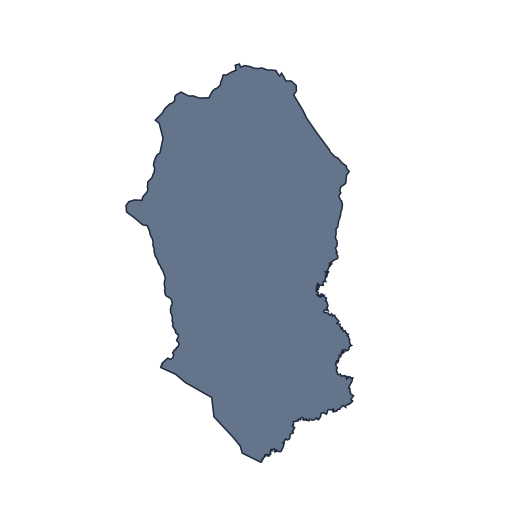 Ga South Municipal, Greater Accra, Ghana (orthographic projection), rotated 47°
{"feature_id": "2480657B41485746076017", "entity_name": "Ga South Municipal", "entity_type": "district", "adm_level": 2, "iso_a3": "GHA", "parent_name": "Ghana", "parent_adm1": "Greater Accra", "projection": "orthographic", "projection_center": [-0.406, 5.677], "detail": "fine", "context": "isolated", "style": "filled", "palette": "slate", "viewbox_px": 512, "rotation_deg": 47, "n_neighbors": 0, "source": "geoboundaries", "source_scale": "gbopen_adm2", "svg_char_len": 6154}
<svg xmlns="http://www.w3.org/2000/svg" viewBox="0 0 512 512"><g transform="rotate(47 256 256)"><path d="M272.6,401.7L287.5,395.5L300.6,393.9L329.3,384.9L344.9,396.4L373.6,396.4L384.3,397.2L390.8,400.5L410.1,393.2L410.3,391.7L408.9,390.3L409.5,389.6L409.1,389.2L408.6,386.7L407.8,385.7L408.7,385.6L408.0,384.1L408.3,383.5L408.8,383.3L409.9,384.0L411.1,383.1L411.2,382.7L410.2,382.1L411.0,381.3L410.9,380.3L410.5,379.8L409.4,379.8L409.2,378.8L408.5,378.4L407.7,376.8L408.2,376.6L409.0,377.5L409.5,377.1L409.1,375.3L409.4,373.8L410.4,374.4L411.2,374.2L411.4,375.9L412.0,375.9L412.9,374.5L412.8,373.9L411.5,373.9L411.7,373.4L414.0,373.0L415.1,372.3L415.8,371.5L415.9,370.5L414.5,367.1L412.3,363.1L411.8,362.9L411.0,363.9L410.8,363.7L410.9,361.4L410.1,360.1L410.0,359.0L410.9,359.1L412.0,358.4L412.6,356.2L411.0,353.9L409.9,353.0L409.9,351.6L410.8,349.8L410.4,349.0L409.0,349.0L408.7,346.5L407.6,345.6L408.0,345.0L407.8,344.7L406.2,345.3L404.9,345.3L404.7,344.9L405.3,344.0L402.8,341.6L405.3,337.6L404.2,337.0L405.2,335.7L406.2,335.2L405.9,334.7L405.0,334.9L404.9,334.7L405.6,332.2L407.3,332.0L407.5,333.2L408.6,333.1L409.4,331.9L409.3,330.5L410.0,330.4L410.1,331.2L410.5,331.2L411.6,330.1L412.7,329.7L412.1,327.7L414.5,326.9L415.7,324.6L415.5,323.2L415.8,322.3L416.6,321.8L417.4,322.7L418.4,321.7L417.4,318.0L415.8,316.4L415.8,315.4L416.5,313.6L419.7,312.4L419.1,310.8L417.7,308.9L418.1,307.2L420.0,305.9L420.7,303.8L422.2,304.5L421.7,305.1L421.8,305.6L422.7,305.9L424.5,302.7L423.9,300.9L425.2,299.3L424.8,298.6L424.6,294.5L427.7,293.5L426.8,293.1L426.7,292.0L427.1,290.2L428.1,289.1L427.5,288.3L428.2,287.1L428.1,284.3L427.4,284.1L427.2,284.5L426.1,284.7L425.5,284.0L424.7,279.9L421.2,281.0L420.5,280.0L419.6,279.9L419.3,279.3L418.3,279.3L417.2,277.8L415.7,278.4L415.4,276.8L414.6,276.2L413.4,271.9L411.1,268.3L409.8,270.0L408.6,269.6L408.1,270.5L407.1,270.8L407.9,272.1L407.7,273.5L405.9,272.0L405.3,272.7L404.3,272.4L403.7,273.6L402.7,274.1L402.2,275.5L399.9,274.8L399.6,275.8L398.6,276.9L397.4,276.3L396.2,276.3L395.6,275.4L395.1,275.7L393.6,274.2L393.5,273.1L393.0,272.6L391.8,272.8L388.7,270.9L389.5,269.8L387.8,268.6L389.5,268.1L389.3,267.8L388.3,267.6L388.6,266.6L387.5,266.0L387.4,265.1L386.8,264.1L387.3,262.9L385.7,262.8L386.8,262.1L386.9,261.6L385.9,261.0L384.6,259.0L384.6,258.7L385.1,258.6L386.3,259.1L386.4,257.0L385.8,256.6L384.6,257.7L383.8,256.9L385.0,255.6L385.3,254.4L386.3,254.0L386.9,254.8L387.8,253.0L387.4,251.4L386.0,249.7L386.6,247.0L385.3,247.5L384.2,246.8L382.6,246.4L382.3,245.7L381.5,245.4L381.0,244.4L378.7,244.1L378.0,243.2L376.3,243.5L376.2,241.8L374.8,242.6L373.7,242.7L373.2,242.1L372.1,242.2L371.4,241.7L371.1,243.1L370.6,243.5L367.6,242.0L368.0,243.3L367.8,243.6L366.3,242.5L364.7,242.7L363.1,241.0L361.8,242.3L360.4,243.0L360.4,239.9L355.1,239.7L352.8,238.9L351.8,241.0L350.8,240.3L349.7,240.1L349.8,242.3L348.0,242.6L347.2,242.0L346.7,242.8L345.1,243.1L344.4,244.4L342.9,244.7L342.6,244.5L342.4,242.1L345.3,240.5L341.8,239.5L342.1,238.7L341.8,237.8L340.8,236.8L337.6,235.4L336.3,235.9L336.0,235.6L336.1,234.8L334.6,233.1L331.3,234.4L331.3,233.1L330.6,233.8L329.9,233.2L328.5,234.0L328.1,234.5L328.6,234.8L329.4,234.2L329.9,234.5L329.8,236.0L330.2,236.8L328.8,237.7L328.5,237.3L329.2,236.8L328.7,236.3L327.3,236.5L327.1,237.9L325.9,237.9L326.2,236.9L325.6,236.6L325.4,235.4L322.6,236.1L323.0,233.6L322.1,233.6L321.3,234.3L321.2,233.9L321.3,233.3L322.3,232.5L321.5,231.9L319.7,232.7L319.8,231.5L319.0,231.1L318.2,229.9L318.2,229.5L320.0,229.6L320.6,230.4L321.5,230.5L321.0,229.7L321.1,228.8L323.2,227.1L323.2,226.5L322.1,226.2L320.6,224.0L322.4,222.4L321.2,222.2L320.3,221.5L319.6,220.5L319.2,219.0L317.6,218.6L317.9,218.0L319.1,218.0L317.6,215.5L317.4,215.3L316.9,216.4L315.0,216.1L317.3,214.1L317.2,213.7L316.9,213.5L315.6,214.4L314.2,210.7L313.3,209.8L313.9,208.7L312.4,208.0L313.5,207.6L313.5,206.1L312.5,206.8L311.7,206.7L312.3,205.8L311.9,205.4L312.3,201.2L313.3,198.7L313.2,197.5L311.6,196.0L308.7,195.5L308.3,195.1L308.8,194.3L304.6,192.6L304.1,191.8L304.0,190.1L301.5,187.4L300.0,186.4L298.6,186.3L295.9,184.7L295.1,183.0L290.7,178.9L290.6,176.6L286.2,170.9L285.5,169.0L283.2,165.5L282.0,164.6L280.3,161.1L277.3,157.7L274.3,155.9L272.5,156.0L268.8,154.7L268.3,153.8L267.8,151.0L266.0,150.6L263.8,148.1L263.3,145.7L264.0,142.8L263.8,140.4L258.7,134.8L257.7,130.0L254.6,130.2L252.2,129.1L251.9,128.6L246.3,129.6L240.2,129.3L237.3,130.6L230.7,130.8L228.4,129.9L209.3,127.8L189.8,125.0L181.4,122.3L163.9,118.6L162.9,114.0L158.8,110.3L152.0,110.9L148.2,114.9L144.1,113.4L139.7,112.6L140.5,115.9L137.5,115.8L134.0,114.9L130.2,118.1L128.0,120.7L122.3,123.5L120.7,126.2L117.5,129.2L113.5,131.1L109.2,134.2L107.3,138.4L104.2,137.2L102.3,141.1L106.5,143.9L104.8,148.4L103.4,154.3L101.3,156.3L101.4,157.1L102.9,159.2L105.0,163.6L106.2,164.8L106.6,165.5L106.8,169.3L105.8,172.2L105.8,175.8L107.7,181.4L108.3,182.4L101.7,189.9L96.2,192.6L93.0,196.2L85.0,199.0L84.7,199.7L84.6,201.3L83.8,203.8L83.8,205.5L84.5,207.2L86.5,209.1L87.0,210.5L87.0,213.3L85.9,215.4L86.1,222.6L87.6,226.8L88.0,237.0L92.9,236.3L106.5,243.7L115.2,256.1L114.5,259.1L115.8,262.9L118.1,267.1L119.6,269.0L122.6,270.2L125.4,273.5L125.9,275.3L127.8,278.8L128.0,284.6L131.7,288.5L133.4,289.4L134.3,290.8L135.0,292.7L135.3,296.9L135.8,299.0L137.5,301.4L132.0,306.8L129.5,312.1L130.5,316.8L135.7,320.7L144.3,319.0L156.1,317.6L159.5,314.8L165.6,317.1L168.3,318.9L173.5,320.4L175.1,321.4L178.3,324.4L181.0,325.4L183.4,327.6L187.5,329.8L191.1,330.5L195.2,332.5L197.5,332.6L201.2,334.0L202.3,333.9L209.2,336.7L211.4,338.6L211.7,339.6L213.4,341.8L217.9,344.9L219.1,346.6L222.5,348.7L224.4,348.8L227.7,347.6L229.6,347.6L231.7,348.4L234.1,350.1L234.6,352.4L235.5,352.8L236.3,354.6L239.3,357.1L241.1,357.5L243.3,358.7L245.7,360.9L246.2,361.7L248.7,362.6L250.2,364.7L252.0,365.3L254.8,365.4L255.0,365.9L255.6,365.6L257.3,367.1L259.1,367.0L259.7,366.5L261.9,367.5L263.4,371.5L264.1,371.8L266.2,371.6L267.7,372.3L268.6,373.4L269.1,375.2L268.7,376.7L269.5,378.2L269.0,380.2L269.8,381.5L269.7,382.7L270.4,383.3L272.4,383.7L273.7,386.8L273.3,389.0L270.5,390.2L270.4,398.2L271.5,398.6L271.5,400.1L272.6,401.7Z" fill="#64748b" stroke="#1e293b" stroke-width="1.5"/></g></svg>